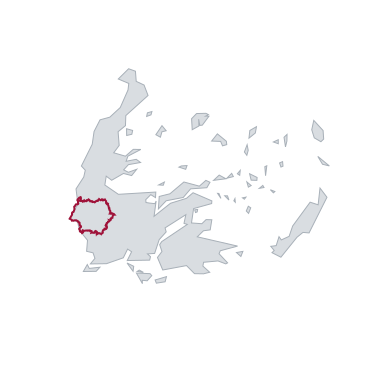 Dytikis Makedonias, Dytiki Makedonia, Greece shown in context, rotated 301°
{"feature_id": "26713481B79624114853188", "entity_name": "Dytikis Makedonias", "entity_type": "district", "adm_level": 2, "iso_a3": "GRC", "parent_name": "Greece", "parent_adm1": "Dytiki Makedonia", "projection": "natural_earth1", "projection_center": [21.387, 40.387], "detail": "fine", "context": "in_parent", "style": "outline", "palette": "rose", "viewbox_px": 384, "rotation_deg": 301, "n_neighbors": 0, "source": "geoboundaries", "source_scale": "gbopen_adm2", "svg_char_len": 8902}
<svg xmlns="http://www.w3.org/2000/svg" viewBox="0 0 384 384"><g transform="rotate(301 192 192)"><path d="M250.9,70.6L265.0,74.2L266.4,81.3L258.1,87.2L259.0,95.8L252.1,104.6L223.4,95.9L214.6,100.8L205.6,97.6L194.4,105.6L185.3,104.7L188.4,116.5L198.3,119.7L202.1,126.2L189.7,118.6L184.4,119.7L191.3,127.4L190.8,132.7L182.7,123.4L175.8,122.0L176.1,127.3L183.0,132.9L175.0,131.8L172.6,123.7L160.7,117.1L161.4,110.3L153.1,113.7L152.1,130.1L173.3,161.0L168.4,163.6L168.5,158.0L161.6,156.3L159.3,158.0L160.6,161.2L162.9,166.2L165.8,165.9L151.6,172.0L171.3,179.4L183.7,190.5L191.9,193.3L194.6,213.6L192.2,214.8L178.6,201.9L165.2,207.5L169.9,216.8L175.6,218.3L178.4,223.3L168.9,227.1L164.7,221.8L156.3,219.6L169.1,258.9L156.2,246.5L153.0,247.0L149.6,259.0L147.8,258.0L146.3,249.8L137.7,238.1L134.1,239.5L132.3,248.5L127.8,244.0L123.3,236.2L126.1,225.2L110.1,207.1L118.1,196.1L125.5,196.9L130.2,191.4L133.9,191.6L161.8,204.7L161.0,201.3L169.4,198.4L147.4,187.4L144.5,190.4L134.3,188.4L120.1,191.6L116.0,185.7L115.2,189.7L111.8,190.8L99.9,171.8L109.7,171.0L109.9,166.2L100.2,167.0L86.5,155.6L78.0,141.9L85.1,143.0L88.9,138.5L86.9,132.2L96.8,127.3L101.1,115.5L107.5,109.2L105.6,101.1L123.0,100.4L134.9,91.0L149.1,91.5L155.7,89.3L157.3,83.8L181.5,81.9L193.4,76.9L206.5,76.0L213.8,83.0L227.5,87.0L246.5,84.6L252.5,81.9L250.9,70.6ZM189.4,291.8L198.5,289.6L196.9,293.2L204.0,298.1L214.7,295.8L244.1,298.5L246.0,306.7L261.3,299.7L257.0,310.4L217.2,313.4L214.5,307.9L207.3,305.3L181.9,301.8L181.2,291.8L184.2,292.6L186.0,287.5L189.4,291.8ZM171.3,166.2L179.1,174.0L196.4,179.9L200.8,195.3L209.1,197.9L209.6,202.4L203.3,202.5L194.0,189.2L182.8,187.3L171.2,174.4L160.2,171.9L171.3,166.2ZM261.6,155.5L266.6,163.4L266.8,166.2L264.0,164.6L265.7,167.5L254.6,166.4L253.1,164.4L257.8,160.2L252.1,163.9L245.5,160.1L254.6,153.9L261.6,155.5ZM305.2,277.6L301.5,276.6L301.4,268.9L307.0,262.6L316.1,259.5L312.2,272.7L305.2,277.6ZM253.2,195.3L250.5,197.4L247.3,194.4L250.1,190.5L245.8,182.6L254.9,183.8L253.2,195.3ZM93.9,186.1L100.4,198.1L99.6,200.6L92.8,199.3L90.7,194.8L87.9,196.7L93.9,186.1ZM80.1,151.8L74.6,150.7L67.9,139.8L75.9,139.6L73.6,143.3L80.1,151.8ZM233.4,132.1L231.2,138.3L228.1,135.2L222.7,136.7L222.5,131.5L233.4,132.1ZM274.5,209.9L281.2,213.6L275.2,215.9L267.5,213.1L274.5,209.9ZM214.2,109.4L210.5,110.7L206.8,106.9L212.5,103.3L214.2,109.4ZM97.6,205.7L106.3,213.7L101.2,215.2L95.5,208.4L97.6,205.7ZM238.0,240.3L235.4,241.6L232.6,236.6L237.3,232.0L238.0,240.3ZM220.5,206.6L220.8,214.2L213.1,204.5L220.5,206.6ZM287.3,281.5L285.1,296.3L283.0,289.6L287.3,281.5ZM98.3,180.3L93.7,182.3L97.7,172.9L98.3,180.3ZM167.3,266.2L161.9,267.1L163.0,261.3L167.3,266.2ZM278.8,248.9L286.3,242.7L290.3,243.8L284.6,247.1L278.8,248.9ZM251.7,220.1L253.3,216.3L260.9,214.9L256.7,218.7L251.7,220.1ZM228.9,233.8L228.0,239.4L225.2,237.8L228.9,233.8ZM228.4,216.4L226.5,219.5L221.8,214.8L228.4,216.4ZM212.1,174.1L208.2,174.9L206.6,168.0L208.8,169.4L212.1,174.1ZM240.3,116.2L237.0,117.1L233.4,114.2L236.9,113.0L240.3,116.2ZM208.8,247.6L208.7,250.5L202.8,251.5L203.7,248.3L208.8,247.6ZM253.0,242.6L243.8,246.7L251.2,241.4L253.0,242.6ZM204.6,215.8L201.4,220.1L204.0,214.6L204.6,215.8ZM235.4,222.2L230.9,224.3L231.0,221.5L235.4,222.2ZM264.7,254.0L261.0,256.7L259.2,255.4L262.0,252.1L264.7,254.0ZM281.2,239.0L277.8,241.1L276.8,236.0L281.2,239.0ZM207.0,224.4L204.1,227.8L205.6,222.0L207.0,224.4ZM97.9,187.0L98.1,191.7L95.7,185.9L97.9,187.0ZM234.1,249.3L232.9,251.4L229.8,247.8L234.1,249.3ZM186.3,163.2L183.0,163.9L180.9,159.8L186.3,163.2ZM180.0,205.8L177.6,206.7L176.2,205.6L178.1,203.5L180.0,205.8ZM208.5,232.2L205.5,234.4L206.0,232.4L208.5,232.2ZM234.3,258.0L235.1,262.8L233.2,262.2L234.3,258.0ZM215.4,240.9L212.8,240.6L213.0,238.3L215.4,240.9Z" fill="#d9dde1" stroke="#a8b0b8" stroke-width="1"/><path d="M129.0,98.2L128.9,98.2L128.7,98.2L128.3,98.3L128.1,98.3L127.9,98.2L127.6,98.2L127.3,98.0L127.2,98.0L127.1,97.9L126.7,97.7L126.2,97.9L126.0,98.1L125.9,98.2L125.8,98.3L125.7,98.3L125.6,98.7L125.7,98.8L125.7,99.0L125.7,99.3L125.4,99.3L125.2,99.2L125.0,99.3L124.7,99.4L124.6,99.6L124.4,99.7L124.2,99.7L124.1,99.8L123.9,100.0L123.7,100.3L123.5,100.5L123.3,100.4L122.9,100.5L122.7,100.4L122.7,100.2L122.3,99.9L122.1,99.6L121.9,99.3L121.8,99.0L121.6,98.9L121.4,99.0L120.6,98.8L119.9,99.0L119.2,98.7L118.7,98.6L117.0,99.9L116.8,100.1L116.4,100.2L116.1,100.3L115.8,100.3L115.5,100.4L114.8,100.5L114.5,100.5L114.3,100.6L114.0,100.7L113.8,100.6L113.7,100.4L113.5,100.2L113.3,100.1L113.1,100.0L112.7,99.9L112.4,99.9L112.2,100.0L111.7,100.2L111.5,100.4L111.0,100.8L110.7,100.9L110.0,100.9L106.1,100.9L106.2,102.9L106.2,103.1L106.0,103.4L105.9,103.5L105.6,103.8L105.9,104.2L106.1,104.2L106.2,104.4L106.2,104.5L106.2,105.0L106.3,105.2L106.9,105.6L107.4,106.1L107.7,106.6L108.0,107.2L108.2,107.5L108.1,108.6L108.1,108.8L108.2,109.0L108.2,109.4L107.9,109.5L108.0,109.9L107.9,110.1L107.8,110.3L107.9,110.8L107.9,111.0L107.8,111.4L107.6,111.6L107.3,111.6L107.1,111.6L106.8,111.7L106.7,111.8L106.6,112.0L106.6,112.3L106.4,112.5L106.0,112.7L105.7,112.9L105.6,113.2L105.6,113.3L105.7,113.6L105.7,114.0L105.4,114.4L105.2,114.7L105.1,114.8L104.6,114.9L104.3,114.7L104.2,114.5L104.0,114.4L103.7,114.5L103.2,114.5L102.7,114.5L102.6,114.4L102.2,114.3L101.9,114.7L101.8,114.9L101.8,115.0L101.7,115.4L101.5,115.7L101.4,115.7L101.0,115.8L100.9,115.9L100.7,116.0L100.5,116.3L100.6,116.5L100.7,116.8L100.5,117.1L100.6,117.4L100.6,117.6L100.7,117.8L100.6,118.0L100.6,118.4L100.6,118.5L100.4,118.7L100.2,118.9L100.6,119.2L101.4,119.4L102.1,119.2L102.2,118.6L102.4,118.3L102.5,118.0L102.9,118.0L103.0,118.7L103.1,119.5L103.7,120.2L104.3,120.8L104.5,121.2L104.8,121.6L104.9,122.2L105.4,122.5L105.7,123.4L106.1,123.6L106.3,124.0L106.1,124.5L106.5,124.6L106.5,125.5L106.7,125.9L105.9,126.3L105.7,126.6L105.3,126.7L105.8,127.1L105.8,127.5L106.3,127.8L106.3,128.1L106.3,128.5L106.5,128.8L106.5,129.0L106.8,129.2L106.9,129.4L107.5,129.4L108.1,129.1L108.6,129.2L109.0,129.5L108.9,130.3L108.9,130.7L108.9,130.9L108.8,131.0L108.5,131.5L108.4,131.7L108.2,131.7L107.8,131.4L107.6,131.4L107.2,131.7L107.4,131.7L107.4,131.9L107.6,131.9L107.9,132.2L107.9,132.4L108.0,132.4L107.9,132.6L108.0,132.6L108.3,133.0L108.6,133.1L108.8,133.3L109.0,133.8L108.9,134.2L109.2,134.7L109.1,135.0L109.3,135.3L109.4,135.6L109.3,135.8L109.5,135.8L110.3,136.3L110.5,136.2L110.7,136.3L111.2,136.5L111.8,135.8L112.2,135.8L112.5,135.7L113.0,135.5L113.2,135.4L113.4,135.6L113.8,135.7L113.9,135.9L114.4,135.8L115.1,136.6L115.4,136.4L115.7,136.1L115.8,136.2L115.8,136.9L116.2,137.5L116.3,137.5L116.8,137.2L117.1,137.2L117.2,137.3L117.3,137.5L117.5,137.5L117.7,137.4L117.7,137.1L118.1,137.1L118.6,136.8L118.5,136.6L118.7,136.0L118.4,136.0L118.5,135.7L118.8,135.2L119.2,135.3L119.4,135.1L119.8,135.0L120.1,135.0L120.3,135.2L120.4,135.4L120.8,135.2L121.2,135.3L121.6,135.0L121.8,135.2L122.5,135.5L123.0,135.5L123.3,135.3L123.9,136.0L124.0,136.0L124.3,136.2L124.6,136.1L124.8,136.0L125.1,136.0L125.2,135.8L125.3,136.2L125.7,136.4L125.8,136.6L126.0,136.7L126.6,136.6L127.1,136.0L127.3,136.1L127.7,136.1L127.8,136.4L127.9,136.6L128.1,136.7L128.4,136.6L129.0,136.8L129.1,137.0L130.4,136.4L131.5,136.5L132.0,136.8L132.6,136.8L132.7,137.0L132.8,136.7L132.9,136.4L132.7,136.0L132.8,135.8L132.6,135.3L132.3,134.9L132.6,134.6L132.6,134.2L132.1,133.5L131.5,133.5L131.3,133.0L131.6,133.1L131.8,133.1L132.5,132.6L132.6,132.1L133.2,132.1L133.7,131.7L133.8,131.5L134.0,131.2L134.1,130.4L135.0,129.9L134.9,129.5L135.0,129.3L135.2,129.2L135.5,129.3L135.8,129.2L135.8,128.7L136.1,128.4L136.3,128.3L136.9,127.6L137.2,127.4L137.6,126.7L138.1,126.3L137.7,125.7L137.8,125.3L138.1,125.1L138.4,125.5L138.7,125.6L138.7,125.0L138.4,124.7L138.1,124.4L138.2,124.1L138.4,123.9L139.0,123.7L139.3,123.4L139.9,123.1L140.1,122.5L140.3,121.9L140.3,121.6L140.5,121.3L140.7,121.2L140.4,120.7L139.7,120.7L139.4,120.3L138.9,120.1L138.8,119.9L138.8,119.6L138.9,119.3L139.5,118.9L139.4,118.6L138.8,118.7L138.3,118.1L137.9,118.0L137.8,117.8L137.8,117.3L138.0,116.9L138.0,116.6L138.1,116.0L137.7,116.0L137.2,115.7L136.6,115.7L136.0,115.9L135.8,115.9L135.7,115.6L135.9,115.5L135.5,114.9L135.1,114.9L134.7,114.4L134.2,114.2L134.1,114.3L133.5,114.1L133.3,114.1L133.1,114.0L133.2,113.7L133.0,112.9L132.8,112.8L132.5,112.4L132.2,112.1L132.1,111.7L132.3,111.3L132.7,111.1L132.7,110.9L132.2,110.4L131.9,110.3L131.8,110.1L132.0,109.6L131.9,109.3L131.7,109.2L131.9,108.9L131.8,108.5L132.3,108.2L132.4,107.1L131.4,106.8L131.1,106.6L130.8,106.1L130.5,106.2L130.4,106.5L130.2,106.5L129.8,106.3L129.8,106.0L129.7,105.5L128.8,104.9L129.3,103.8L128.6,103.6L128.3,103.7L128.1,103.6L128.0,103.8L127.5,103.4L127.8,103.0L127.6,102.6L127.8,102.4L127.7,102.2L127.6,101.9L127.3,101.7L127.2,101.4L126.9,101.2L126.7,100.5L127.0,100.3L127.5,100.4L127.5,100.5L127.4,100.8L127.5,100.9L127.8,100.6L128.1,100.6L128.7,100.4L129.0,100.2L129.5,100.0L129.6,99.7L130.2,99.4L130.2,99.1L129.9,99.0L129.7,98.9L129.6,99.0L129.3,98.4L129.0,98.2Z" fill="none" stroke="#9f1239" stroke-width="2"/></g></svg>